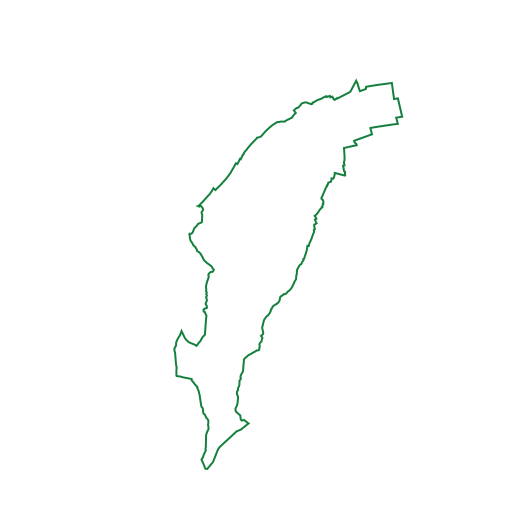 Racu, Harghita, Romania (orthographic projection), rotated 295°
{"feature_id": "2599482B90471627736473", "entity_name": "Racu", "entity_type": "district", "adm_level": 2, "iso_a3": "ROU", "parent_name": "Romania", "parent_adm1": "Harghita", "projection": "orthographic", "projection_center": [25.705, 46.459], "detail": "fine", "context": "isolated", "style": "outline", "palette": "green", "viewbox_px": 512, "rotation_deg": 295, "n_neighbors": 0, "source": "geoboundaries", "source_scale": "gbopen_adm2", "svg_char_len": 6097}
<svg xmlns="http://www.w3.org/2000/svg" viewBox="0 0 512 512"><g transform="rotate(295 256 256)"><path d="M101.1,320.0L102.3,314.3L101.6,313.7L101.4,313.1L100.8,312.5L101.5,311.2L104.9,309.1L105.6,306.3L106.1,305.2L106.1,304.4L106.8,303.2L108.9,301.9L112.9,301.9L115.0,301.4L119.1,300.0L120.7,299.3L121.7,298.4L122.8,297.0L125.1,296.1L127.0,296.4L127.9,295.8L129.4,295.6L131.2,295.6L132.4,295.3L133.9,294.7L134.7,294.3L135.9,293.8L137.6,294.1L138.6,294.0L138.7,293.7L140.0,293.0L141.8,292.6L145.1,293.0L147.7,292.4L151.6,290.8L152.9,290.4L153.9,290.0L155.0,289.7L156.8,288.9L157.5,288.9L158.8,289.2L159.9,289.7L162.4,290.9L163.1,291.1L164.8,292.6L166.1,293.4L169.5,295.9L170.7,296.5L171.2,297.7L172.3,298.5L173.2,298.4L174.1,297.8L175.0,297.8L176.3,297.3L177.1,296.5L178.7,296.3L180.9,297.1L182.3,296.7L184.3,296.5L185.2,295.3L185.7,294.3L187.9,295.3L188.2,295.4L189.7,294.9L192.4,292.7L194.1,291.7L196.6,291.3L197.6,291.0L199.7,290.7L200.7,290.4L202.0,290.4L203.6,290.7L204.6,290.8L205.5,291.2L206.4,291.4L207.4,292.1L208.7,292.2L210.0,292.6L212.5,292.6L213.8,292.1L215.0,292.6L217.2,292.5L219.4,293.6L220.7,294.6L221.6,294.8L222.1,295.5L224.2,296.1L225.9,296.1L229.0,295.3L229.9,295.5L230.3,295.9L231.9,296.9L232.4,296.9L233.5,297.6L233.6,298.4L235.0,299.4L236.2,299.6L237.5,300.0L238.4,300.6L239.3,301.0L241.0,301.5L243.7,301.9L246.0,301.8L247.4,302.0L248.0,301.8L249.8,301.8L251.7,302.1L255.3,300.8L257.7,300.4L259.0,299.6L259.8,299.5L260.9,299.0L261.4,299.1L264.1,299.2L265.7,299.4L267.0,299.8L267.8,300.4L268.2,300.5L270.3,300.4L271.6,300.7L272.3,300.8L273.1,300.2L273.3,300.5L274.2,300.7L275.2,300.6L276.4,300.3L279.1,300.2L280.5,299.8L281.8,299.8L284.1,299.1L285.1,298.9L287.0,298.3L287.4,299.6L290.3,299.0L292.2,299.1L295.5,299.0L297.6,298.7L300.1,298.5L302.2,298.5L302.8,298.3L304.0,297.4L305.4,298.0L307.1,296.5L309.0,295.5L309.8,296.2L311.2,297.1L312.0,296.2L313.9,294.0L315.3,295.0L316.1,294.1L316.6,293.3L317.1,292.2L319.4,293.3L321.4,293.8L324.8,294.2L328.2,295.4L328.4,294.9L329.5,295.2L331.3,294.6L331.5,295.0L333.8,294.1L335.3,292.5L335.2,291.6L336.4,290.7L338.7,290.8L347.9,290.5L349.4,290.9L350.1,290.4L351.1,290.9L352.2,290.7L352.9,290.5L355.2,292.6L358.3,291.7L358.7,293.3L360.2,293.4L363.1,292.9L364.6,292.3L366.4,302.5L366.8,302.7L367.5,302.4L368.0,301.9L369.9,301.2L370.0,300.1L374.5,296.8L375.5,297.9L377.8,296.2L380.6,295.6L383.8,294.1L391.1,290.1L399.0,300.4L400.1,299.2L400.5,297.6L400.9,297.1L401.9,296.2L415.3,309.7L420.3,305.6L421.0,306.4L425.3,312.7L426.9,315.2L427.7,316.3L430.0,319.9L432.9,324.2L433.4,325.1L435.2,327.8L435.7,328.7L440.6,324.6L444.0,329.6L458.8,318.0L456.6,314.8L470.2,306.0L462.6,294.1L459.3,289.2L456.0,284.4L455.7,284.2L455.4,284.3L454.5,284.8L453.9,285.0L453.1,284.3L449.3,280.5L451.7,278.2L454.8,275.5L456.0,274.4L455.8,274.0L457.1,272.7L444.8,272.1L443.6,271.3L442.3,270.3L433.1,263.2L433.4,262.8L431.7,261.8L431.1,261.6L430.7,261.1L431.0,260.4L431.0,260.0L431.7,259.5L431.8,259.0L432.0,258.5L432.7,257.9L431.2,256.3L432.3,255.3L429.9,252.8L430.5,252.2L430.3,251.9L428.2,250.1L426.8,249.2L426.1,248.6L423.1,245.7L421.5,244.5L420.4,243.9L419.8,243.4L418.9,242.4L418.7,242.4L418.1,242.8L417.8,242.7L417.0,242.0L416.8,241.4L416.8,239.9L416.6,239.0L416.6,238.0L416.4,236.5L416.1,235.9L415.5,235.0L414.7,234.1L413.7,233.1L413.1,232.8L412.1,232.7L409.5,232.0L408.2,231.4L407.7,231.0L407.3,230.2L403.9,228.8L402.4,231.6L400.7,230.9L397.6,230.2L397.1,230.3L396.3,230.0L395.4,229.0L394.4,228.4L392.4,226.7L390.1,225.2L389.7,224.8L388.3,221.6L387.0,220.0L386.4,218.7L382.1,215.9L379.3,214.5L373.6,212.1L366.4,210.0L364.5,208.1L363.5,206.8L362.8,206.9L354.7,204.1L349.4,202.7L348.8,202.7L347.0,202.1L345.5,201.7L344.8,201.6L343.3,201.7L342.4,201.6L342.2,201.3L337.3,201.3L337.4,200.5L331.5,200.3L331.5,198.6L326.5,198.3L320.7,197.8L316.5,197.0L313.1,196.2L305.9,194.0L298.6,191.3L299.4,188.8L298.3,188.8L292.3,187.9L291.3,187.4L282.9,184.9L277.9,183.1L277.1,182.7L276.8,182.4L276.8,183.7L278.2,184.3L277.4,186.5L276.4,187.9L275.5,188.6L273.1,188.2L272.3,188.3L270.5,189.9L264.1,192.6L263.6,192.5L262.5,191.7L261.2,190.4L260.4,189.9L257.8,189.4L255.9,188.7L255.4,188.4L254.3,188.4L250.9,188.6L249.5,188.3L248.5,187.6L248.2,187.0L248.1,186.4L247.3,186.5L247.1,186.9L244.1,188.7L242.6,189.9L241.8,190.9L241.2,192.2L239.3,194.6L239.3,194.9L238.6,196.1L238.7,196.4L238.7,196.9L236.9,199.5L235.6,200.6L235.4,201.9L235.4,202.8L234.5,205.0L233.7,206.0L232.3,208.2L231.2,209.2L230.0,211.3L229.0,214.5L227.9,219.7L227.1,221.2L226.3,222.1L225.7,223.6L223.9,223.6L223.4,223.4L222.5,222.0L221.5,221.2L220.6,220.9L219.9,220.7L218.4,220.9L217.4,221.9L216.7,222.1L213.9,222.4L212.1,222.5L208.2,223.3L206.8,223.7L205.7,224.5L203.9,225.4L202.9,225.6L202.7,225.9L202.4,226.5L202.1,226.8L200.8,226.9L200.3,227.1L199.8,228.0L199.1,228.3L197.6,228.2L196.8,228.7L196.5,229.2L195.2,230.2L194.3,230.4L193.0,230.3L191.5,230.5L191.2,230.7L189.9,232.5L188.9,233.1L188.5,233.3L188.2,233.4L187.9,233.3L186.7,231.8L186.4,231.7L186.1,231.7L185.8,231.5L185.6,231.2L185.1,231.1L183.5,232.1L183.6,233.3L183.5,233.5L182.9,234.1L182.6,234.2L181.5,235.8L180.5,236.5L178.2,237.2L163.0,243.0L160.2,241.9L155.3,241.5L152.7,240.7L149.5,240.1L149.5,239.2L149.7,238.2L149.7,236.7L149.5,233.6L149.5,231.6L150.3,228.8L150.9,227.4L151.9,225.8L156.5,220.2L153.4,220.5L151.7,220.6L148.7,220.1L144.4,220.1L142.6,220.7L141.7,221.2L140.5,221.3L138.3,221.2L137.4,221.2L135.2,222.5L134.3,223.4L131.6,225.0L125.2,228.6L122.9,230.1L121.2,231.3L118.2,232.4L116.0,233.5L115.1,233.9L114.2,234.3L113.7,234.8L114.9,239.0L115.1,240.8L116.7,247.1L117.3,249.7L116.0,250.4L115.3,252.2L113.6,255.3L113.3,256.4L112.7,257.3L112.6,258.2L111.4,258.7L110.8,259.6L109.1,261.3L105.8,263.9L97.6,269.3L96.2,270.5L95.6,271.9L94.0,273.2L92.1,274.0L91.0,275.1L90.7,276.6L88.8,278.8L88.1,279.9L87.6,281.3L86.8,282.2L85.5,283.0L82.7,283.9L81.7,284.7L79.3,286.0L78.1,286.2L76.9,286.0L75.1,286.1L72.5,286.5L61.3,291.4L60.0,291.6L58.6,292.7L53.8,292.6L51.1,293.0L48.5,292.6L45.9,295.7L41.8,300.0L42.4,301.8L51.1,304.1L64.4,303.3L67.5,303.8L88.8,312.5L92.2,315.6L101.1,320.0Z" fill="none" stroke="#15803d" stroke-width="2"/></g></svg>